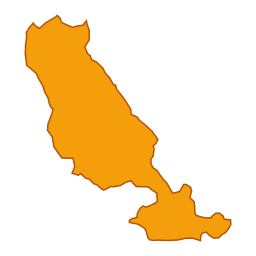 Kallepeia, Paphos, Cyprus (orthographic projection)
{"feature_id": "46923920B45563659246862", "entity_name": "Kallepeia", "entity_type": "district", "adm_level": 2, "iso_a3": "CYP", "parent_name": "Cyprus", "parent_adm1": "Paphos", "projection": "orthographic", "projection_center": [32.512, 34.84], "detail": "fine", "context": "isolated", "style": "filled", "palette": "amber", "viewbox_px": 256, "rotation_deg": 0, "n_neighbors": 0, "source": "geoboundaries", "source_scale": "gbopen_adm2", "svg_char_len": 2019}
<svg xmlns="http://www.w3.org/2000/svg" viewBox="0 0 256 256"><path d="M33.2,23.0L31.4,25.4L28.8,28.1L27.2,31.6L26.3,32.0L26.7,36.9L26.0,42.1L25.5,45.5L25.5,49.5L25.2,53.3L26.7,65.4L36.3,73.3L37.9,77.3L43.0,86.3L44.9,92.4L48.0,97.8L49.5,104.2L51.2,107.8L53.0,109.0L51.9,114.0L50.3,118.0L48.0,124.0L47.5,130.4L52.3,137.0L53.9,146.6L58.0,152.7L61.9,158.0L67.3,158.2L72.9,158.2L74.8,166.4L72.1,173.3L78.5,175.2L80.6,173.5L85.5,178.1L89.2,179.1L93.6,183.6L97.1,185.0L101.4,188.8L103.7,190.1L107.7,188.3L110.2,186.6L114.4,186.7L120.3,185.5L126.3,182.1L131.0,180.8L136.2,186.5L142.0,186.7L148.0,186.8L152.3,190.2L156.9,193.2L156.9,196.7L157.4,200.5L156.0,202.7L150.8,205.3L146.1,207.2L143.1,206.0L140.1,208.3L137.3,213.5L137.0,217.4L132.1,218.7L129.4,220.2L129.4,222.4L137.2,224.0L141.4,226.1L144.8,228.6L146.2,231.4L147.8,237.4L148.3,238.1L149.5,239.7L153.3,240.4L157.6,240.1L161.6,240.3L168.6,240.4L177.8,240.0L185.2,238.3L192.7,238.2L200.5,240.6L200.6,236.7L202.1,233.1L206.1,232.1L209.7,235.6L213.7,238.1L218.6,237.9L219.6,236.9L222.1,234.4L225.1,232.9L228.5,228.9L230.8,224.4L230.5,219.9L224.2,219.2L223.0,215.9L219.5,213.2L215.8,213.2L214.1,214.6L212.2,216.1L211.2,217.7L205.5,218.0L201.8,217.1L196.2,215.5L194.8,212.1L194.7,206.6L194.1,201.7L189.8,197.6L191.6,191.1L190.7,187.5L187.3,185.2L186.1,184.5L183.6,184.5L180.9,189.4L179.5,191.6L175.3,192.6L172.9,193.3L170.8,190.3L168.3,185.7L166.8,183.1L163.5,179.5L161.1,176.4L158.8,173.1L157.1,170.7L152.6,167.3L151.0,163.3L151.0,158.6L153.0,156.6L154.1,149.3L153.2,145.9L155.8,143.6L157.9,139.5L155.2,135.7L152.1,131.3L144.8,124.6L139.3,120.1L137.1,117.0L131.3,114.5L130.7,109.3L127.5,104.2L125.9,101.5L122.2,96.3L118.9,92.1L116.6,89.4L115.7,85.1L113.6,84.9L109.7,78.0L105.1,72.8L102.9,68.2L99.7,65.1L96.3,61.9L91.5,59.7L90.4,55.8L87.5,53.6L84.8,47.0L89.1,40.1L89.3,30.4L87.0,24.0L86.4,20.7L82.9,25.3L77.9,25.8L72.8,27.4L66.1,24.6L61.5,22.4L60.1,18.2L57.1,15.4L55.9,16.8L45.8,22.7L39.5,28.4L35.2,25.8L33.2,23.0Z" fill="#f59e0b" stroke="#b45309" stroke-width="1.5"/></svg>